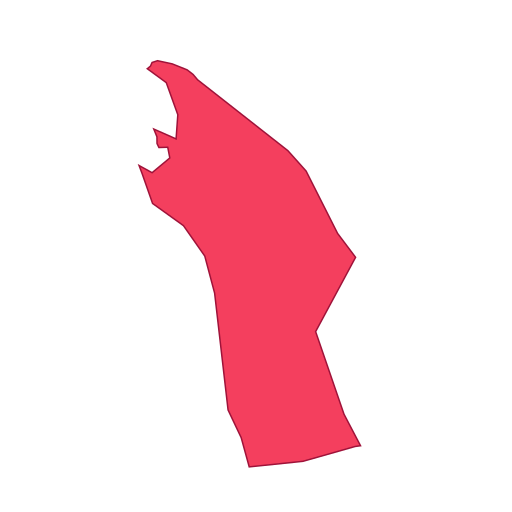 outline of Zanzibar West, rotated 169°
{"feature_id": "TZA-3384", "entity_name": "Zanzibar West", "entity_type": "Region", "adm_level": 1, "iso_a3": "TZA", "parent_name": "United Republic of Tanzania", "parent_adm1": "", "projection": "albers", "projection_center": [39.265, -6.171], "detail": "fine", "context": "isolated", "style": "filled", "palette": "rose", "viewbox_px": 512, "rotation_deg": 169, "n_neighbors": 0, "source": "natural_earth", "source_scale": "10m", "svg_char_len": 609}
<svg xmlns="http://www.w3.org/2000/svg" viewBox="0 0 512 512"><g transform="rotate(169 256 256)"><path d="M353.5,367.1L342.1,357.6L321.9,368.7L321.9,379.6L330.6,381.0L331.7,385.3L330.5,391.9L332.1,400.1L312.1,386.2L305.8,409.6L311.0,443.3L327.0,460.6L323.4,462.5L321.1,465.8L315.4,466.5L301.6,460.6L288.1,451.9L283.1,446.2L279.7,440.1L204.6,353.3L190.6,329.8L171.6,262.6L158.5,235.7L211.9,170.4L199.8,83.9L189.6,49.8L195.0,50.1L249.1,45.5L302.9,50.3L305.2,80.5L312.8,110.2L303.7,227.5L306.3,265.7L321.4,299.6L347.5,327.3L352.0,358.1L353.5,367.1Z" fill="#f43f5e" stroke="#9f1239" stroke-width="1.5"/></g></svg>